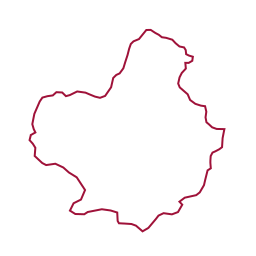 Yeongcheon-si, North Gyeongsang, South Korea, rotated 98°
{"feature_id": "91817680B48235767363306", "entity_name": "Yeongcheon-si", "entity_type": "district", "adm_level": 2, "iso_a3": "KOR", "parent_name": "South Korea", "parent_adm1": "North Gyeongsang", "projection": "natural_earth1", "projection_center": [128.917, 36.001], "detail": "fine", "context": "isolated", "style": "outline", "palette": "rose", "viewbox_px": 256, "rotation_deg": 98, "n_neighbors": 0, "source": "geoboundaries", "source_scale": "gbopen_adm2", "svg_char_len": 1494}
<svg xmlns="http://www.w3.org/2000/svg" viewBox="0 0 256 256"><g transform="rotate(98 128 128)"><path d="M156.4,40.4L151.0,41.6L148.6,41.9L144.3,42.2L140.6,40.9L138.9,38.2L136.3,34.6L133.9,32.2L124.9,32.9L117.2,32.5L115.7,32.4L116.6,40.1L115.6,44.8L113.0,48.5L111.4,51.1L106.7,52.7L101.0,52.7L95.7,54.7L95.7,58.9L94.7,64.7L91.6,70.4L86.3,73.6L80.6,82.4L77.0,84.5L70.7,84.0L66.0,82.4L61.1,79.0L55.5,80.3L55.1,77.0L52.5,73.7L48.4,73.7L47.8,77.7L46.8,80.7L42.8,81.7L40.4,83.7L40.1,88.4L37.4,92.7L34.4,96.4L33.4,102.8L33.4,107.1L31.4,110.5L30.1,114.1L27.7,119.2L28.4,123.5L32.4,125.9L38.4,129.5L41.4,134.6L44.4,136.9L45.9,137.2L49.4,137.9L55.8,138.6L63.1,139.9L69.5,140.9L75.1,143.9L77.1,147.0L80.5,149.6L90.0,150.4L99.4,155.1L102.0,159.9L101.5,165.1L99.9,171.4L98.9,175.0L98.9,183.4L103.5,190.2L105.1,193.9L102.0,198.1L102.5,203.9L106.2,207.0L107.7,212.2L109.8,217.0L114.0,219.1L127.0,222.7L137.5,223.3L142.2,221.2L145.3,219.1L148.5,223.3L149.0,223.3L153.7,223.8L156.8,220.1L160.5,217.0L168.7,216.5L174.6,208.1L176.1,203.9L173.5,195.0L176.1,186.6L180.3,180.3L184.0,171.9L195.4,161.9L205.4,164.6L210.1,171.4L217.9,174.0L220.5,168.2L219.5,159.3L216.8,156.2L212.1,142.6L212.1,133.7L213.2,126.9L221.5,125.3L223.6,123.7L223.1,118.0L222.6,111.2L223.6,106.5L228.3,99.2L224.1,93.9L214.2,87.7L210.5,85.6L207.4,80.9L207.4,72.5L204.3,66.8L196.4,63.6L193.8,66.8L189.1,62.1L188.1,59.4L185.0,51.1L181.8,48.0L174.0,44.8L168.3,44.3L158.9,43.3L156.4,40.4Z" fill="none" stroke="#9f1239" stroke-width="2"/></g></svg>